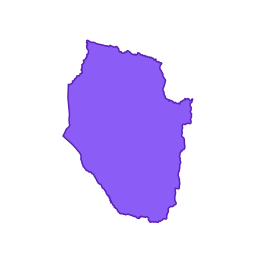 the district of Namuno, Cabo Delgado, Mozambique, rotated 309°
{"feature_id": "85939544B68242516881190", "entity_name": "Namuno", "entity_type": "district", "adm_level": 2, "iso_a3": "MOZ", "parent_name": "Mozambique", "parent_adm1": "Cabo Delgado", "projection": "equal_earth", "projection_center": [38.965, -13.738], "detail": "fine", "context": "isolated", "style": "filled", "palette": "violet", "viewbox_px": 256, "rotation_deg": 309, "n_neighbors": 0, "source": "geoboundaries", "source_scale": "gbopen_adm2", "svg_char_len": 5808}
<svg xmlns="http://www.w3.org/2000/svg" viewBox="0 0 256 256"><g transform="rotate(309 128 128)"><path d="M75.7,211.6L77.6,212.4L80.0,212.8L81.0,214.7L81.4,215.0L82.0,215.0L82.5,214.7L84.6,212.8L85.0,212.7L85.3,213.0L86.1,212.4L87.9,212.2L88.6,211.6L89.2,211.5L90.1,210.3L91.5,209.9L93.7,210.5L94.9,212.0L95.6,212.4L97.0,212.3L98.6,213.2L99.5,213.0L100.0,212.6L101.1,210.3L101.9,209.3L102.3,209.1L102.9,208.5L105.0,207.0L106.1,206.7L107.5,205.8L110.0,203.1L110.9,202.8L111.8,204.4L112.8,205.7L113.3,205.8L114.6,204.9L115.3,204.2L116.2,204.0L117.3,203.2L118.2,202.5L118.7,201.6L120.3,200.5L121.3,199.0L121.6,198.6L122.7,196.7L124.2,196.0L124.9,195.4L125.8,194.9L126.8,194.9L127.4,194.6L128.2,193.9L129.2,193.5L132.1,191.3L133.6,191.0L134.0,190.8L134.9,190.1L135.8,188.7L137.6,187.3L137.9,186.2L138.2,185.9L139.5,185.5L141.2,184.2L142.0,184.4L142.7,184.0L143.6,183.8L144.3,184.5L145.0,184.3L145.8,184.4L147.0,185.0L147.4,184.7L147.9,184.8L149.0,184.1L149.7,183.5L151.9,181.2L154.5,179.0L155.4,177.4L155.3,175.3L155.6,174.7L157.4,173.5L158.3,173.4L159.6,171.8L160.7,171.0L162.4,170.4L164.1,168.5L164.5,168.4L165.9,168.8L166.7,170.3L168.9,171.1L169.8,172.1L170.1,173.1L170.9,173.7L171.3,173.8L173.1,172.7L173.4,171.8L173.7,171.3L174.9,170.9L175.2,170.6L176.7,170.3L177.8,169.1L178.5,168.9L179.1,168.3L179.2,167.3L179.5,166.5L180.1,165.9L181.1,166.0L181.9,165.2L182.8,165.1L183.2,164.8L184.1,163.5L184.4,162.3L185.6,161.2L186.4,160.8L187.7,161.4L189.4,160.9L190.3,160.0L190.8,160.3L191.0,160.2L191.1,159.8L190.7,159.5L189.7,159.5L189.1,159.6L188.6,159.2L188.3,158.3L188.8,157.3L188.7,156.3L188.5,156.0L187.5,155.6L186.9,154.0L186.7,153.8L186.0,154.6L185.7,154.6L184.4,153.4L183.0,153.4L182.1,152.5L181.5,152.3L181.0,152.3L179.4,153.2L179.2,153.1L179.0,152.7L179.1,152.0L179.0,151.6L178.5,151.4L177.8,150.6L177.6,149.9L177.8,149.1L177.7,148.7L176.6,148.1L176.3,147.7L176.3,147.3L176.8,146.9L176.7,145.9L176.7,144.8L176.4,143.9L175.6,143.4L175.4,142.9L175.1,142.8L175.8,142.3L175.2,141.0L174.8,139.0L174.8,138.5L175.1,137.8L175.6,137.6L175.9,137.2L176.7,135.0L178.4,133.5L179.2,131.7L179.7,130.9L181.2,130.2L182.5,129.9L185.8,128.6L188.8,127.1L189.3,125.4L190.2,122.7L190.6,122.2L191.6,121.5L192.0,121.0L192.7,119.2L193.3,117.9L194.1,115.4L195.6,114.3L196.5,113.9L197.6,113.6L198.7,113.8L199.5,113.5L199.5,112.7L198.7,111.4L198.8,110.1L198.0,109.0L197.8,108.2L197.8,107.4L198.0,106.8L198.8,106.7L199.0,106.3L197.9,106.1L197.3,105.5L197.3,105.2L197.9,104.7L198.0,103.8L197.6,102.8L197.5,101.6L197.1,101.1L196.5,100.9L196.5,99.6L195.8,99.2L195.5,98.7L195.6,97.5L195.1,97.2L194.5,96.6L194.8,96.1L194.9,95.5L193.7,94.3L193.9,93.5L193.8,92.9L193.0,92.3L192.9,91.7L193.3,90.0L192.8,88.7L192.5,88.3L192.0,88.9L191.7,88.9L191.3,88.7L190.4,88.7L189.8,87.9L189.8,87.2L189.6,87.0L189.0,87.2L188.6,85.9L187.8,84.7L187.8,84.1L188.1,82.7L188.2,80.4L187.7,78.9L186.6,78.7L185.6,78.9L185.1,77.8L183.3,77.5L182.5,76.3L182.4,75.8L183.0,74.7L182.7,74.2L182.1,73.9L181.9,73.0L183.6,71.0L184.2,68.5L184.1,67.9L184.0,67.6L182.8,67.0L182.1,66.3L181.9,65.0L181.3,64.1L181.1,62.6L180.9,62.1L180.6,61.9L179.6,62.1L179.2,61.9L179.0,61.5L178.9,60.7L178.7,60.0L178.2,59.3L177.6,58.8L176.8,56.7L173.9,50.9L172.9,47.2L171.6,45.8L171.1,44.0L170.9,42.0L170.7,41.4L170.0,41.0L169.3,41.6L168.9,42.3L168.2,42.1L168.0,42.9L168.2,43.4L167.6,43.5L167.3,44.0L166.8,43.8L166.5,44.0L165.9,44.1L165.6,44.8L165.1,44.8L164.4,45.5L163.8,46.5L163.4,48.3L162.6,49.1L161.8,49.7L161.0,49.9L160.4,50.4L159.3,49.8L158.8,49.9L158.3,50.9L157.4,50.9L157.0,51.5L156.7,51.6L155.9,51.2L154.9,51.7L154.3,51.6L153.5,51.0L152.5,51.0L152.2,51.0L152.0,51.4L151.9,52.1L151.7,52.2L150.7,52.6L149.8,52.5L149.3,52.7L148.3,52.4L147.8,52.5L147.0,53.8L146.0,54.0L145.8,54.4L145.1,54.6L144.9,55.1L144.2,54.8L143.5,55.2L143.3,55.7L143.3,56.7L142.4,57.7L142.1,57.7L141.7,57.3L140.7,57.3L140.2,56.7L139.7,57.0L137.9,57.2L137.6,56.8L137.0,56.6L136.8,55.9L136.2,55.6L135.7,55.7L134.6,56.3L132.8,55.7L132.2,56.0L131.1,56.1L129.5,55.4L128.3,56.4L127.5,56.4L125.4,55.5L124.3,54.3L113.6,62.4L101.7,74.0L97.9,76.5L96.7,77.5L93.2,81.1L91.5,81.3L88.8,80.9L87.8,80.9L84.3,81.9L82.9,82.1L80.9,82.6L80.2,95.5L79.5,100.2L78.7,103.7L78.5,105.5L77.6,107.8L77.1,108.7L76.0,109.7L74.0,111.1L72.9,113.1L71.7,114.4L70.7,116.5L70.4,117.0L69.8,117.4L69.9,118.4L69.3,120.3L69.3,120.9L68.9,121.5L69.0,122.7L69.0,123.0L69.4,123.5L69.3,125.5L69.5,125.9L70.4,126.9L70.3,127.3L70.1,127.8L70.1,128.4L69.9,129.1L70.4,130.3L69.9,131.3L69.5,131.8L69.2,133.2L68.6,134.1L68.2,135.9L67.4,137.0L66.9,138.5L66.5,139.4L66.4,139.9L66.6,141.4L67.1,142.0L67.1,142.7L66.5,143.6L66.0,144.7L65.4,145.4L65.3,145.8L65.5,147.9L64.9,149.3L64.6,150.8L63.3,152.6L63.2,153.7L62.9,154.3L63.0,154.6L63.3,155.3L62.7,155.3L62.4,156.0L62.6,157.6L62.4,157.9L61.5,158.0L61.4,159.0L61.2,159.4L60.6,159.4L60.6,159.7L60.9,160.1L60.9,160.3L60.5,160.7L60.1,160.6L60.0,160.8L60.2,161.4L60.1,161.9L59.8,162.1L59.6,162.1L59.5,161.7L59.3,161.6L59.2,161.7L59.2,162.0L59.6,162.5L59.5,162.8L59.4,163.6L58.6,164.8L58.9,166.0L58.6,166.5L57.9,166.9L57.9,167.3L58.2,167.6L58.2,167.9L57.8,168.2L58.0,170.8L57.1,171.8L57.0,172.7L56.7,173.1L56.9,174.1L56.5,175.1L56.6,175.8L57.1,176.8L57.9,177.3L58.2,177.8L58.1,178.6L58.2,179.0L59.0,179.9L59.2,180.9L61.0,182.2L61.3,182.7L61.4,183.3L61.7,184.0L61.7,184.5L62.7,186.0L62.6,186.7L63.0,188.2L63.1,188.5L63.6,188.7L63.7,189.4L64.0,189.6L63.8,191.3L64.1,192.7L64.8,193.6L65.1,193.7L65.3,193.6L65.6,193.0L66.1,192.9L66.5,193.2L66.7,193.8L66.9,194.0L67.2,194.0L67.4,193.7L67.8,193.9L68.4,195.6L69.3,197.0L69.5,197.7L70.5,198.0L70.9,198.3L71.0,199.8L70.8,200.9L69.5,201.6L69.1,203.0L69.2,203.6L68.7,203.8L69.2,205.1L70.4,205.6L70.7,206.7L71.1,206.8L71.3,207.4L72.7,209.0L72.8,209.6L73.4,210.1L73.7,210.8L74.2,210.9L74.6,210.7L75.0,210.7L75.5,211.2L75.7,211.6Z" fill="#8b5cf6" stroke="#5b21b6" stroke-width="1.5"/></g></svg>